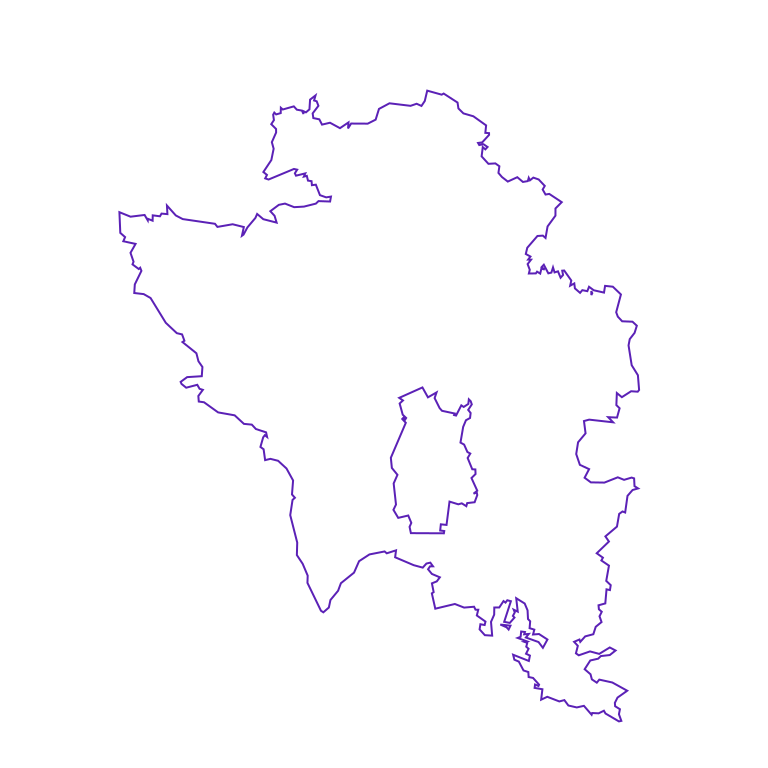 outline of Semarang, Jawa Tengah, Indonesia, rotated 9°
{"feature_id": "22746128B46914217687538", "entity_name": "Semarang", "entity_type": "district", "adm_level": 2, "iso_a3": "IDN", "parent_name": "Indonesia", "parent_adm1": "Jawa Tengah", "projection": "albers", "projection_center": [110.496, -7.288], "detail": "fine", "context": "isolated", "style": "outline", "palette": "violet", "viewbox_px": 768, "rotation_deg": 9, "n_neighbors": 0, "source": "geoboundaries", "source_scale": "gbopen_adm2", "svg_char_len": 6160}
<svg xmlns="http://www.w3.org/2000/svg" viewBox="0 0 768 768"><g transform="rotate(9 384 384)"><path d="M624.6,286.9L619.7,283.6L609.4,284.8L604.4,280.9L602.1,276.8L604.0,258.5L594.8,252.1L587.0,252.5L587.0,259.3L576.5,258.6L571.3,255.9L570.3,260.5L565.2,260.3L563.4,263.3L557.6,259.7L556.2,254.9L552.5,257.8L552.8,252.5L544.2,243.7L542.3,244.2L543.8,248.3L541.8,251.4L538.2,245.5L535.0,247.1L532.7,242.4L531.9,247.8L529.0,249.0L523.2,241.2L521.4,243.9L524.8,245.8L521.4,245.5L521.0,250.5L517.6,249.1L516.7,251.0L509.8,252.2L510.1,248.4L507.1,243.1L509.8,238.2L506.9,238.6L508.7,235.2L503.7,233.4L504.2,227.0L512.4,213.8L517.7,212.6L520.7,214.5L520.9,202.8L527.0,190.9L525.9,183.8L531.1,176.6L517.5,170.4L513.9,171.6L510.3,167.1L511.8,163.2L504.8,157.8L499.2,156.8L496.3,160.0L494.7,157.7L494.3,161.1L489.6,162.7L483.3,158.9L474.6,164.7L468.1,161.1L464.0,157.6L463.9,150.9L459.5,148.7L452.7,150.2L444.8,143.9L444.5,134.6L447.4,136.4L449.2,133.7L444.7,131.6L440.7,133.1L439.2,131.2L443.2,130.0L448.8,121.5L448.5,119.8L444.8,120.1L444.4,112.6L430.4,105.6L420.1,104.3L414.4,100.2L412.6,94.5L397.5,87.8L395.7,89.2L380.8,87.5L380.0,98.1L377.5,103.5L372.4,102.1L366.7,105.1L345.5,105.9L336.0,113.1L334.4,124.2L327.2,129.4L310.8,131.9L308.5,137.2L308.0,131.2L300.5,138.2L289.8,134.4L282.2,137.5L278.7,132.7L272.6,132.4L271.2,127.9L275.7,119.5L273.3,115.3L270.6,114.9L271.2,109.7L266.5,114.7L267.4,124.4L264.4,127.9L262.0,127.2L262.2,129.9L260.2,126.8L255.0,126.7L251.5,123.9L241.1,128.7L238.9,127.3L239.6,132.6L235.3,134.6L233.2,133.1L232.4,135.4L234.0,140.6L232.0,145.0L237.5,149.0L238.1,152.5L235.4,162.7L238.2,168.9L237.7,180.4L231.7,193.5L235.7,195.8L234.5,199.5L238.0,200.1L261.4,185.7L264.7,185.9L263.0,189.8L264.5,192.0L273.3,188.3L272.4,191.7L275.2,190.5L277.1,195.0L280.7,195.0L281.7,198.9L285.5,197.8L291.2,207.5L297.7,208.7L302.3,207.2L302.2,212.2L290.7,213.6L288.5,216.5L277.2,221.3L267.6,223.4L258.0,221.3L252.1,223.5L244.7,231.1L249.6,235.0L252.7,241.4L239.0,240.1L232.1,235.9L231.0,240.1L224.6,250.7L221.9,258.4L220.5,259.8L221.0,250.9L209.5,249.9L194.9,254.9L192.0,252.2L159.4,252.6L152.0,250.1L141.7,241.7L143.5,250.1L137.6,250.5L136.5,253.4L129.2,253.6L129.9,258.9L125.0,257.8L125.1,259.4L121.1,254.5L107.5,258.4L95.8,255.7L99.9,276.0L105.3,279.4L104.2,283.8L116.7,284.5L113.1,294.1L117.5,302.4L116.9,305.2L123.8,308.8L125.0,307.3L126.7,310.2L122.3,324.6L123.1,333.2L132.6,332.8L140.0,335.6L158.9,357.7L171.4,366.2L176.8,366.6L180.1,372.5L178.4,374.1L193.9,383.0L197.2,390.6L202.0,395.6L202.8,404.8L188.5,408.0L182.8,413.7L184.0,415.6L189.2,418.6L199.7,414.0L202.6,417.6L206.0,418.1L202.5,424.9L203.8,430.3L209.1,430.2L224.6,438.0L241.4,438.3L251.9,445.3L259.8,444.8L264.5,448.5L275.1,450.2L276.8,454.6L274.3,453.2L273.0,455.6L271.8,465.5L275.3,467.3L278.5,477.8L283.5,475.7L291.4,476.4L300.9,482.7L309.3,493.5L310.4,507.5L313.8,510.3L311.8,512.8L311.9,528.2L323.1,554.2L324.7,566.6L331.8,574.3L338.6,585.2L339.5,592.4L357.2,617.8L359.8,619.0L364.5,613.4L364.9,605.7L371.0,595.4L372.6,587.5L383.9,575.0L387.1,562.9L396.3,554.6L410.8,549.3L413.2,550.8L421.9,546.4L422.1,553.4L441.7,558.3L451.0,559.3L454.0,554.7L457.7,553.2L460.9,556.4L458.0,556.9L456.5,560.1L461.0,564.1L469.4,566.2L467.0,570.7L462.5,573.4L465.6,581.8L464.0,583.3L469.8,597.9L488.4,590.2L498.1,592.3L507.8,589.9L509.7,592.6L512.4,592.2L511.9,598.1L521.4,602.8L521.1,606.3L516.8,606.2L516.8,611.4L522.9,616.3L530.2,615.6L526.9,602.2L528.9,594.6L527.9,587.5L532.8,586.7L536.0,579.7L538.2,580.9L539.6,578.3L543.3,578.7L539.9,600.1L545.6,600.3L549.4,594.3L547.6,592.9L548.9,589.1L547.4,586.6L551.7,587.9L548.1,574.9L557.3,578.8L561.2,585.1L563.0,593.6L565.5,595.5L566.0,602.4L570.9,603.1L570.4,608.1L576.2,606.7L585.4,610.8L582.2,619.7L577.0,614.7L563.8,612.2L566.1,608.2L561.6,609.3L562.0,606.9L558.2,607.0L558.5,612.3L555.8,613.9L565.4,615.8L562.9,616.7L566.0,617.3L565.6,621.2L568.2,622.9L566.5,628.2L570.6,629.4L570.4,634.9L553.9,631.2L555.9,635.9L560.6,637.1L566.6,645.1L571.6,645.9L572.7,650.8L577.2,651.0L584.2,656.7L583.8,658.1L580.2,657.2L580.3,660.6L588.2,660.7L588.6,671.2L594.2,667.4L606.8,670.1L611.6,668.0L616.4,672.7L625.0,673.3L631.8,670.6L640.8,678.2L641.1,676.4L647.5,675.7L652.3,672.3L654.3,674.8L668.8,680.5L671.1,679.6L667.7,673.4L667.9,668.3L662.7,666.1L661.9,662.8L663.7,657.2L672.2,648.9L656.2,643.1L642.9,642.3L640.9,645.7L635.5,643.2L633.4,638.4L626.8,634.3L631.0,624.8L638.5,621.8L640.7,618.8L649.4,616.4L654.4,611.0L648.2,608.9L638.8,616.9L629.3,615.9L618.8,621.5L615.7,620.0L616.4,612.3L612.1,608.9L617.0,605.8L618.2,608.0L622.2,601.8L629.9,598.4L631.1,590.7L636.1,585.1L633.2,579.7L634.7,574.9L631.5,572.9L630.5,569.0L636.9,566.1L635.9,552.0L639.4,552.2L639.4,547.2L634.3,543.7L634.6,528.2L626.3,524.3L627.4,521.3L620.6,517.9L630.8,504.4L626.5,499.9L636.4,488.4L636.6,475.5L639.5,472.6L642.3,473.2L642.0,456.4L646.1,449.8L651.3,447.4L647.4,445.7L645.8,438.1L643.2,437.7L636.1,441.1L629.5,439.6L617.1,446.9L603.7,448.8L596.8,445.2L599.9,436.0L590.1,433.2L584.8,423.1L584.8,411.2L590.8,401.2L587.3,389.3L592.2,387.1L616.3,386.0L610.6,381.7L619.4,380.7L620.5,371.1L616.8,368.5L615.4,356.5L621.0,359.8L629.2,352.5L635.8,351.9L636.9,350.0L633.4,335.6L625.7,326.7L619.5,307.6L619.7,301.2L623.5,294.3L624.6,286.9ZM407.3,411.4L402.5,400.8L405.3,397.3L401.2,395.3L422.5,381.4L429.5,390.3L437.2,384.1L436.2,390.0L442.7,399.1L445.5,401.4L458.5,402.1L458.1,403.7L460.1,403.9L463.7,393.0L466.3,394.2L470.4,390.5L470.2,385.9L472.3,387.4L473.9,390.4L471.2,396.4L474.1,399.1L474.3,404.1L470.6,407.0L468.9,414.0L468.7,429.9L472.6,431.3L477.0,438.1L480.1,439.2L478.2,444.0L484.5,454.4L487.6,454.1L488.5,458.6L485.1,463.2L492.8,474.8L489.6,478.3L492.6,476.7L493.5,479.1L492.0,486.6L484.8,488.6L484.4,491.8L479.5,489.7L476.2,491.2L467.1,489.9L467.8,513.4L462.1,513.7L462.4,519.9L466.5,519.8L466.5,522.1L433.9,527.1L431.6,521.1L432.7,516.9L428.5,510.1L419.0,514.0L413.0,506.8L414.7,501.2L409.1,480.7L411.5,471.6L404.9,465.7L402.3,455.8L411.6,418.9L407.5,415.7L408.6,414.1L410.3,416.2L411.2,414.1L407.3,411.4ZM575.5,261.7L574.9,263.7L574.2,259.8L575.5,261.7ZM545.5,607.0L546.7,602.9L536.5,603.4L543.1,605.1L545.5,607.0Z" fill="none" stroke="#5b21b6" stroke-width="2"/></g></svg>